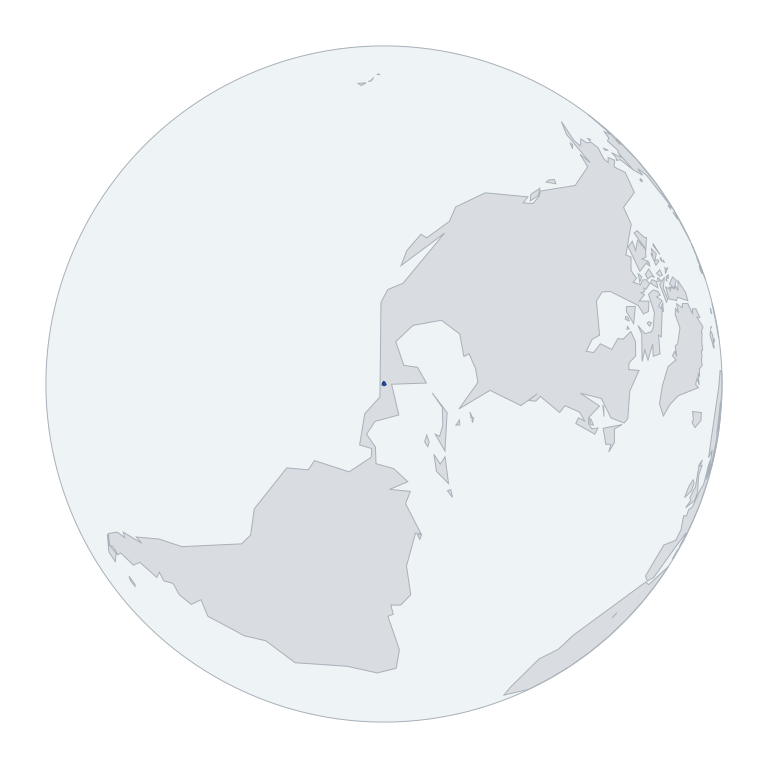 globe centered on Chiquimula, rotated 71°
{"feature_id": "GTM-1960", "entity_name": "Chiquimula", "entity_type": "Department", "adm_level": 1, "iso_a3": "GTM", "parent_name": "Guatemala", "parent_adm1": "", "projection": "orthographic", "projection_center": [-89.408, 14.682], "detail": "fine", "context": "on_globe", "style": "filled", "palette": "blue", "viewbox_px": 768, "rotation_deg": 71, "n_neighbors": 0, "source": "natural_earth", "source_scale": "10m", "svg_char_len": 8954}
<svg xmlns="http://www.w3.org/2000/svg" viewBox="0 0 768 768"><g transform="rotate(71 384 384)"><circle cx="384" cy="384" r="338" fill="#eef3f6" stroke="#a8b0b8"/><path d="M449.1,419.8L441.1,416.6L433.7,426.9L405.8,411.8L395.0,392.1L305.9,360.3L296.0,349.8L294.9,333.1L261.0,277.5L277.6,329.3L265.2,318.9L254.5,300.3L259.7,296.0L251.5,269.2L239.9,258.6L236.2,226.0L253.9,187.0L258.1,193.4L261.9,184.2L256.8,176.1L252.5,173.2L258.5,138.6L245.0,120.7L230.6,123.8L241.7,117.1L207.5,130.2L193.7,130.8L215.6,125.1L222.7,120.9L216.4,118.1L222.3,113.4L222.6,109.7L230.2,104.7L242.5,102.9L247.6,99.9L242.8,98.3L247.5,93.1L253.7,95.7L262.4,87.1L284.4,84.9L294.9,100.0L313.4,98.2L340.7,113.3L344.4,109.1L357.2,113.5L366.3,110.7L368.7,115.3L373.8,109.2L369.8,105.6L370.8,102.0L375.7,100.3L379.8,105.5L377.9,107.1L381.6,107.8L381.5,111.3L384.4,108.6L388.7,115.8L391.9,106.5L401.5,110.4L402.3,115.8L392.5,118.1L370.2,139.9L368.0,147.9L374.7,156.1L408.0,164.3L409.6,172.8L418.9,182.1L422.5,175.6L416.5,166.2L425.5,157.4L417.1,147.9L419.5,143.4L414.8,133.5L426.0,132.4L439.4,136.9L443.9,145.4L450.0,148.0L454.2,138.4L470.8,154.0L496.0,164.7L499.1,169.6L490.0,180.4L468.5,183.2L456.6,201.3L475.0,187.4L482.5,201.6L488.3,203.5L494.0,202.0L495.3,196.0L500.1,201.0L483.8,215.5L479.2,211.2L484.4,206.3L474.3,208.2L463.4,219.9L468.1,227.2L446.6,240.2L449.6,246.0L446.7,252.6L443.2,242.3L449.0,261.6L424.5,285.8L432.0,321.3L413.1,294.7L399.3,292.4L383.1,293.8L384.0,299.5L361.3,296.1L342.4,309.0L338.0,337.5L347.8,359.1L372.8,359.2L379.2,346.8L396.9,343.6L386.7,376.9L418.1,380.1L416.4,404.7L425.8,416.8L440.9,412.6L456.7,417.5L467.0,402.5L484.1,393.3L485.5,413.0L494.1,394.1L504.2,402.6L537.5,397.8L535.2,402.7L563.4,422.0L591.9,427.3L598.5,440.2L595.3,449.6L604.7,450.2L604.9,455.9L640.4,456.0L656.7,465.0L655.0,484.5L638.9,510.7L618.6,558.8L588.2,579.5L576.6,598.0L546.3,626.1L528.4,627.3L529.7,638.0L516.5,646.2L503.8,648.4L498.4,656.3L488.8,657.6L492.9,661.8L473.1,672.9L473.7,679.9L458.1,687.9L458.8,691.6L454.5,691.9L448.9,693.7L447.0,695.9L435.6,693.3L437.2,684.4L444.8,679.2L439.2,678.8L455.7,664.9L448.0,668.1L457.4,647.1L472.0,628.0L488.8,570.6L483.4,559.3L459.8,547.3L431.7,503.2L440.5,483.5L433.8,474.7L455.7,445.6L449.1,419.8ZM91.3,310.6L93.4,302.9L94.4,308.4L91.3,310.6ZM93.2,297.8L92.8,300.5L92.8,298.1L93.2,297.8ZM92.3,295.8L92.9,297.2L91.9,296.4L92.3,295.8ZM90.7,294.2L91.6,294.7L91.4,295.0L90.7,294.2ZM431.5,333.6L467.3,348.2L448.2,351.9L451.6,348.4L442.3,341.9L425.3,336.5L408.2,341.3L431.5,333.6ZM89.2,289.3L89.0,287.8L90.1,287.6L89.2,289.3ZM444.7,312.8L438.6,311.9L444.4,311.3L444.7,312.8ZM249.7,172.9L256.1,176.6L258.5,186.1L252.5,183.4L249.7,172.9ZM246.0,156.5L250.6,156.2L246.0,164.9L244.7,162.3L246.0,156.5ZM218.9,127.7L223.0,129.1L217.0,129.5L218.9,127.7ZM221.3,110.2L218.3,111.5L219.8,109.1L221.3,110.2ZM408.9,135.0L411.8,134.3L411.2,136.5L408.9,135.0ZM404.2,131.7L401.4,134.7L398.7,133.6L400.5,131.7L404.2,131.7ZM232.7,99.5L236.1,95.8L234.8,99.1L232.7,99.5ZM408.2,128.3L394.4,131.3L389.7,129.5L392.5,121.1L408.2,128.3ZM239.4,93.5L247.2,85.6L241.1,87.4L262.7,78.6L248.9,87.6L248.3,91.2L244.5,91.0L239.4,93.5ZM366.4,105.3L370.9,109.0L362.6,107.7L366.4,105.3ZM360.8,105.4L333.9,108.4L329.8,102.8L339.6,102.6L330.6,97.4L341.8,93.0L349.3,95.0L349.8,99.3L353.7,94.5L360.8,105.4ZM273.4,75.5L277.1,73.7L275.5,75.3L273.4,75.5ZM370.5,100.4L365.4,101.2L361.4,96.3L370.9,93.9L369.1,96.2L370.5,100.4ZM322.7,98.4L321.4,94.8L330.2,90.1L330.9,88.2L341.7,92.5L322.7,98.4ZM372.6,96.5L375.8,92.9L382.2,93.8L375.2,99.4L372.6,96.5ZM356.4,96.2L355.0,93.9L358.9,94.3L356.4,96.2ZM406.7,96.3L400.7,96.7L398.1,94.0L406.7,96.3ZM376.6,91.5L374.3,91.3L372.7,90.4L376.1,88.5L376.6,91.5ZM347.1,89.2L351.0,88.3L343.1,87.2L349.4,84.2L355.5,87.8L355.5,85.0L357.4,84.1L360.2,88.2L347.1,89.2ZM374.4,84.2L384.3,88.7L396.0,88.1L398.6,90.3L379.4,90.9L374.4,84.2ZM365.8,86.1L371.7,85.3L372.0,88.1L368.1,90.4L365.8,86.1ZM351.4,81.0L340.3,84.6L339.3,83.8L351.4,81.0ZM377.8,83.4L375.3,82.4L378.6,83.0L377.8,83.4ZM359.4,81.0L355.6,82.2L354.7,81.2L359.4,81.0ZM373.5,79.6L376.7,80.9L374.2,82.3L373.5,79.6ZM367.0,79.7L366.6,78.1L371.4,82.0L365.5,80.4L367.0,79.7ZM359.1,79.8L357.3,79.6L360.9,79.4L359.1,79.8ZM381.3,73.9L387.9,78.6L382.3,81.5L376.7,76.4L381.3,73.9ZM453.2,698.8L436.0,694.5L446.3,696.4L456.7,692.4L464.5,695.9L453.2,698.8ZM482.7,687.7L492.8,684.6L494.3,685.3L487.6,687.7L482.7,687.7ZM617.4,139.6L614.2,136.9L621.4,143.8L624.5,146.6L631.6,154.0L623.0,146.6L630.6,158.0L654.7,192.0L656.1,199.3L650.6,199.2L627.3,171.8L626.8,159.0L618.6,150.7L606.2,143.6L607.1,140.8L602.0,136.9L600.6,132.4L586.4,118.9L583.1,114.5L565.7,103.1L561.7,99.7L573.2,107.1L579.4,110.5L569.8,101.8L564.5,98.3L553.9,92.1L552.6,91.2L543.6,86.3L535.8,82.1L557.7,94.2L578.7,107.8L598.7,123.0L617.4,139.6ZM533.5,80.9L538.6,84.0L526.3,78.4L513.1,72.4L510.2,71.6L531.8,81.8L539.4,85.5L544.1,87.3L565.8,100.1L571.6,104.6L553.2,95.1L559.4,101.1L542.3,92.4L494.5,67.8L480.6,61.8L482.5,60.7L493.8,64.4L496.9,65.6L500.5,66.8L533.5,80.9ZM389.0,46.1L366.9,46.9L351.0,47.8L353.7,47.4L389.0,46.1ZM348.8,47.9L327.3,51.0L312.8,53.7L348.8,47.9ZM311.8,53.9L314.0,53.5L302.7,56.3L307.5,55.3L307.8,55.4L281.0,64.8L272.2,67.8L263.5,73.5L264.7,73.6L270.8,71.5L262.7,78.6L241.1,87.4L239.3,86.7L227.0,93.6L224.7,91.4L217.1,93.6L221.8,88.7L215.4,91.7L211.3,94.2L199.5,101.1L195.4,103.6L217.2,90.1L234.4,83.0L228.3,84.6L235.1,81.3L236.2,80.3L231.5,82.4L227.6,84.4L228.4,84.1L255.2,71.6L283.1,61.5L311.8,53.9ZM719.8,346.4L717.2,371.9L711.8,363.1L694.4,326.8L691.6,305.8L682.9,286.1L656.4,200.9L659.9,199.1L649.4,175.1L649.7,175.2L660.8,190.2L660.9,190.3L674.0,210.5L685.6,231.6L695.7,253.5L704.2,276.0L711.1,299.1L716.3,322.6L719.8,346.4ZM676.1,238.4L679.4,244.4L679.4,244.5L676.1,238.4ZM538.5,397.5L542.6,400.7L537.4,401.6L538.5,397.5ZM446.2,360.2L453.5,360.2L457.5,363.0L452.0,364.4L446.2,360.2ZM505.6,355.3L513.6,356.2L505.6,358.7L505.6,355.3ZM472.7,350.0L499.2,355.4L483.6,362.8L466.7,359.7L478.0,356.9L472.7,350.0ZM442.6,324.5L447.3,325.6L446.4,329.4L442.6,324.5ZM448.9,312.5L447.2,312.9L444.6,310.1L448.9,312.5ZM483.5,200.7L484.9,199.7L491.1,199.5L488.9,202.2L483.5,200.7ZM514.4,185.2L521.4,193.6L514.9,189.1L513.2,193.9L497.2,191.2L499.9,172.0L501.5,180.8L514.4,185.2ZM476.7,183.6L486.5,186.6L475.7,184.1L476.7,183.6ZM575.2,122.8L578.8,123.1L585.3,128.3L589.3,136.8L580.0,129.0L575.2,122.8ZM582.3,122.7L562.9,112.4L559.5,107.7L564.7,111.9L564.5,109.8L572.7,116.2L588.6,122.8L595.3,128.1L599.2,139.1L594.2,132.2L591.0,131.8L582.3,122.7ZM519.0,103.3L510.5,101.2L514.3,93.2L521.8,96.3L526.4,104.1L520.2,105.2L519.0,103.3ZM415.8,114.0L412.3,115.4L411.2,113.7L413.2,111.1L415.8,114.0ZM404.1,96.7L429.8,106.6L427.2,108.5L445.4,113.2L445.5,120.4L433.6,116.9L447.3,126.6L436.7,126.3L446.7,132.6L420.4,124.0L411.3,124.9L421.4,120.9L421.6,114.1L419.0,111.5L404.8,105.1L385.4,104.7L382.6,98.8L385.7,94.8L389.9,93.9L390.4,97.8L395.7,94.0L399.7,99.1L404.1,96.7ZM423.8,63.7L422.7,66.4L433.9,63.8L438.0,67.1L439.0,66.6L445.8,69.2L455.9,71.8L456.3,73.5L460.1,73.9L464.7,76.0L470.0,77.2L472.6,81.0L479.2,83.0L476.7,83.7L487.5,86.3L480.6,86.1L485.9,89.5L489.8,87.9L490.9,109.7L496.7,120.6L505.2,130.3L492.3,129.9L476.0,121.2L460.0,109.7L456.3,100.0L451.1,102.1L447.8,98.3L453.2,98.2L442.8,96.2L441.6,93.2L427.3,85.9L413.0,86.0L407.5,83.8L412.4,82.3L403.4,81.3L409.0,77.1L405.1,75.7L406.8,70.6L418.6,69.4L413.4,67.9L414.4,64.7L423.8,63.7ZM382.2,72.4L395.4,69.1L404.1,69.6L397.6,78.3L400.3,80.2L396.4,86.8L383.9,86.2L386.1,84.3L385.4,82.3L389.6,83.2L385.7,81.1L388.7,78.5L386.5,76.3L391.4,75.7L382.2,72.4ZM637.0,161.2L635.3,159.0L642.7,167.0L643.5,168.5L637.0,161.2ZM628.2,151.4L634.7,158.3L631.7,155.4L628.2,151.4ZM571.0,105.1L568.4,102.9L570.6,104.1L574.9,107.0L571.0,105.1ZM457.9,60.2L455.9,60.7L453.6,60.1L443.8,59.8L440.0,57.9L444.5,57.3L457.9,60.2ZM452.2,58.0L448.5,57.9L448.9,57.1L452.2,58.0ZM436.7,56.5L436.1,55.4L438.4,57.6L436.7,56.5ZM448.6,52.3L449.9,52.6L433.8,50.1L414.7,47.7L432.6,49.7L443.0,51.3L448.6,52.3ZM373.1,46.6L371.6,47.2L367.1,47.2L366.9,47.1L373.1,46.6ZM375.8,46.8L383.4,47.4L379.2,47.9L374.0,47.3L375.8,46.8ZM418.4,50.7L424.0,51.2L423.6,51.7L418.4,50.7ZM274.6,73.8L276.9,73.7L273.1,74.9L274.6,73.8ZM310.7,54.8L310.5,55.2L306.0,56.2L310.7,54.8ZM307.5,57.1L312.7,55.6L308.6,57.2L307.5,57.1ZM324.1,52.7L315.4,55.0L321.8,52.8L324.1,52.7Z" fill="#d9dde1" stroke="#a8b0b8" stroke-width="1"/><path d="M384.3,385.6L384.1,385.5L384.1,385.4L383.9,385.6L383.7,385.5L383.4,385.4L383.4,385.2L383.5,385.2L383.4,384.9L382.9,384.9L382.8,384.7L382.7,384.7L382.4,384.6L382.6,383.9L382.5,383.7L382.5,383.4L382.4,383.4L382.1,383.4L382.3,383.2L382.3,382.9L382.5,382.7L382.8,382.8L383.0,382.9L383.3,382.9L383.8,382.6L384.0,382.6L384.5,382.6L384.8,382.7L385.0,382.4L385.2,382.5L385.1,382.8L385.0,383.0L385.2,383.3L385.4,383.7L385.5,383.8L385.5,384.0L385.4,384.1L385.4,384.4L385.4,384.5L385.1,384.6L384.9,384.6L384.8,384.8L384.7,384.9L384.6,385.0L384.4,385.2L384.3,385.3L384.3,385.6Z" fill="#3b82f6" stroke="#1e3a8a" stroke-width="1.5"/></g></svg>